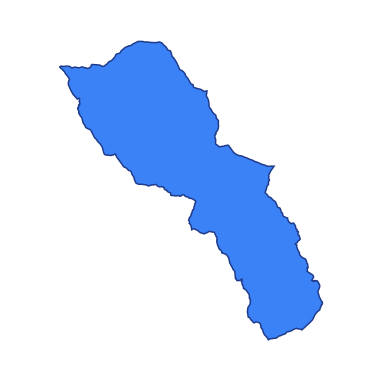 Slanic-Moldova, Bacau, Romania, rotated 83°
{"feature_id": "2599482B31492670959230", "entity_name": "Slanic-Moldova", "entity_type": "district", "adm_level": 2, "iso_a3": "ROU", "parent_name": "Romania", "parent_adm1": "Bacau", "projection": "mercator", "projection_center": [26.446, 46.203], "detail": "fine", "context": "isolated", "style": "filled", "palette": "blue", "viewbox_px": 384, "rotation_deg": 83, "n_neighbors": 0, "source": "geoboundaries", "source_scale": "gbopen_adm2", "svg_char_len": 5942}
<svg xmlns="http://www.w3.org/2000/svg" viewBox="0 0 384 384"><g transform="rotate(83 192 192)"><path d="M102.2,293.9L104.8,292.4L110.1,291.6L113.3,290.1L114.8,289.7L115.8,288.7L117.5,285.9L118.4,284.9L126.2,282.1L128.7,280.1L130.2,279.6L132.7,277.6L135.6,275.9L136.8,275.6L142.8,274.7L143.9,274.3L144.4,273.7L144.9,272.7L145.0,271.0L145.3,270.4L145.9,268.0L145.6,265.7L144.9,263.6L148.4,262.3L156.3,257.9L158.2,257.0L158.9,256.4L160.1,254.4L161.0,253.5L162.6,252.6L163.5,250.8L164.1,250.2L164.8,249.8L166.7,249.6L170.6,247.7L172.1,247.7L173.7,247.4L176.1,246.6L176.6,246.2L177.8,244.1L178.3,240.4L178.8,239.1L179.2,236.8L180.7,234.5L180.0,230.4L180.3,229.4L180.2,229.3L180.1,227.0L182.3,225.0L182.9,223.8L183.0,221.6L183.4,220.1L183.7,220.1L184.4,219.1L185.6,219.2L186.6,218.4L186.8,217.3L187.6,216.8L187.8,216.3L188.4,216.4L188.7,216.1L189.2,215.5L190.2,213.4L192.5,213.5L193.0,212.7L193.2,212.0L193.1,211.3L193.3,209.9L193.7,209.8L193.9,208.4L194.0,205.4L194.7,204.6L194.7,203.5L193.8,202.3L193.6,201.5L193.8,200.7L194.0,200.2L194.9,199.7L195.8,198.7L196.6,196.6L197.5,195.8L198.0,195.0L198.1,194.2L198.8,192.5L201.2,189.6L202.0,189.7L202.5,189.5L204.1,190.7L205.3,190.9L206.2,191.5L209.4,192.5L209.6,193.1L209.9,193.4L211.4,194.2L212.7,194.6L213.5,195.4L214.4,195.4L216.6,196.9L217.1,197.7L219.7,198.8L220.2,198.4L222.0,198.1L222.8,198.6L224.3,197.4L226.4,196.9L229.4,196.9L228.7,194.9L228.8,194.3L231.3,190.6L232.1,190.0L233.6,188.5L233.8,187.4L235.0,185.2L234.2,182.1L233.2,179.7L234.8,174.7L238.0,173.8L238.8,173.4L239.6,173.3L240.7,172.5L242.6,173.3L245.2,173.4L248.8,172.9L249.7,172.4L250.8,172.3L252.1,171.7L252.8,171.2L252.8,170.7L253.8,170.1L255.6,169.7L256.0,169.9L257.5,166.8L258.5,165.5L259.0,165.0L261.9,163.6L267.3,163.1L268.9,162.4L269.6,162.3L270.8,161.6L273.8,160.7L275.5,159.4L278.5,159.2L281.8,159.4L282.1,159.1L283.1,159.5L283.4,159.4L283.8,158.7L285.1,158.4L285.4,158.0L285.7,156.2L285.3,154.7L284.5,153.4L284.6,153.0L286.1,153.2L286.8,153.9L287.0,153.5L287.7,153.3L289.3,153.6L291.8,152.7L294.0,152.6L295.2,151.1L295.4,150.6L300.5,147.8L302.4,147.7L303.8,148.0L304.9,147.8L305.4,147.3L305.7,147.5L306.7,147.1L308.2,147.7L310.1,147.8L313.4,150.5L315.7,151.2L317.9,151.6L323.1,151.4L323.7,150.1L326.0,149.2L326.5,148.4L327.3,148.1L329.3,146.8L329.3,145.5L328.8,144.4L328.8,143.7L329.4,142.3L330.2,141.1L331.2,140.3L332.5,140.0L334.8,140.1L337.7,138.6L340.3,138.3L342.7,137.3L345.9,135.0L348.0,134.2L347.3,132.6L347.2,125.8L345.7,123.7L345.3,121.2L344.5,118.8L344.4,117.4L344.0,116.6L342.4,114.7L342.4,113.1L341.9,110.4L340.8,108.0L340.3,106.3L340.2,104.5L340.6,104.0L341.4,100.6L342.3,99.8L336.2,91.2L333.4,87.8L330.1,85.7L328.9,85.1L326.0,82.0L324.7,79.7L319.4,77.1L319.6,76.7L318.8,76.2L317.4,76.0L316.5,76.3L315.9,77.0L314.8,77.5L314.3,77.4L311.9,78.3L306.7,79.2L305.5,78.9L302.3,77.0L300.1,76.6L297.3,77.5L296.5,78.1L295.8,78.3L295.3,78.7L295.6,79.7L295.5,80.1L295.0,80.2L294.9,81.3L295.3,81.5L295.6,82.1L295.5,82.4L294.9,82.4L294.8,83.6L294.3,84.0L292.6,82.5L291.0,81.6L289.2,82.2L284.8,87.4L284.3,87.1L281.4,87.0L281.3,86.0L277.3,86.1L276.9,86.5L273.5,87.0L272.0,87.9L271.7,88.7L270.2,90.7L267.7,92.8L266.3,92.7L264.9,93.0L262.1,94.1L258.8,94.8L257.5,94.4L256.5,95.7L256.1,95.8L255.1,93.9L253.6,92.6L252.3,90.5L250.7,90.4L249.5,90.8L248.0,91.0L247.2,92.0L246.8,92.1L246.3,92.1L244.8,91.2L244.2,91.4L243.8,92.4L242.3,92.3L240.7,93.4L238.0,93.5L235.2,94.9L235.2,95.6L235.6,96.7L235.2,97.6L234.9,97.9L235.0,98.1L234.5,98.5L234.2,99.0L233.5,99.5L232.7,99.6L232.1,100.2L229.5,100.3L227.6,103.9L226.3,104.7L224.2,104.7L222.7,105.9L220.8,106.1L219.0,106.6L218.5,106.9L217.7,108.6L217.3,108.9L213.3,109.9L211.5,110.7L209.8,112.6L207.2,114.5L205.8,116.8L204.3,117.4L201.6,119.5L200.7,119.3L198.8,118.0L195.5,117.0L194.3,115.6L193.4,115.0L192.3,115.1L191.9,115.3L190.9,114.7L190.3,113.9L189.5,113.9L189.0,113.7L188.4,114.1L187.5,114.2L186.1,113.8L184.8,113.9L180.9,111.5L176.4,107.4L176.1,109.1L175.8,113.3L175.1,115.0L174.3,116.2L173.2,118.9L169.9,124.6L169.4,125.9L167.8,128.1L166.5,130.9L164.8,133.6L163.8,135.8L162.3,138.2L161.8,140.4L160.3,143.2L158.7,145.0L157.6,146.0L150.1,150.1L149.9,150.7L150.0,153.0L150.4,155.5L150.4,158.6L150.2,160.0L148.9,160.7L147.7,162.4L146.3,162.7L143.2,162.1L140.4,162.6L138.3,162.4L138.2,161.9L137.0,161.0L136.6,161.3L135.8,161.0L134.6,159.7L132.6,158.4L129.9,157.6L127.9,157.6L124.2,157.1L122.5,158.4L121.7,158.7L118.5,159.1L117.0,160.7L114.7,162.2L112.5,162.9L110.2,164.3L109.0,164.6L105.3,164.4L103.4,164.5L101.9,164.7L98.4,166.1L93.5,164.8L93.4,165.6L93.8,167.7L92.6,168.9L91.3,170.7L88.7,177.0L87.5,177.9L86.2,177.8L85.5,178.0L84.7,179.8L78.5,182.4L76.2,184.0L73.8,184.5L71.7,185.8L70.1,187.4L69.0,189.4L66.6,189.9L61.6,191.5L58.7,192.8L56.6,193.9L55.6,194.8L54.3,195.3L50.9,195.8L49.2,196.3L48.3,198.6L44.7,200.2L42.9,202.0L40.7,203.5L39.9,204.5L39.2,205.7L39.1,206.7L39.3,208.2L39.2,211.1L38.3,215.8L37.9,216.9L37.5,219.0L37.5,220.2L36.5,222.9L36.0,226.6L36.1,227.5L37.8,232.4L39.1,234.9L39.4,235.7L39.2,237.2L39.9,238.6L40.1,239.9L40.7,241.3L41.7,242.6L43.0,244.9L45.1,246.4L45.6,247.9L45.8,249.8L46.4,250.8L48.4,252.0L51.7,255.7L52.6,258.7L54.6,260.8L56.4,264.1L56.5,265.1L56.3,265.7L54.7,268.3L54.5,269.8L53.9,271.8L53.7,273.7L53.2,275.6L53.7,276.4L55.2,277.1L56.0,278.3L56.8,280.5L55.8,282.2L55.5,283.7L54.7,284.8L54.5,285.5L54.5,286.7L55.0,288.8L54.8,290.1L54.1,291.5L53.9,292.9L53.8,294.1L54.3,295.7L53.9,296.6L52.7,297.8L52.0,299.4L51.7,301.9L51.8,303.8L51.1,306.7L51.5,307.9L51.7,308.0L52.6,307.7L54.1,306.2L57.3,303.8L59.5,303.0L61.7,301.5L64.9,299.9L65.4,299.9L65.8,300.3L68.1,301.4L70.7,301.6L77.6,299.4L81.1,297.9L82.0,296.9L83.2,296.5L84.2,295.4L85.8,294.7L85.5,293.5L85.3,293.1L85.2,292.7L85.5,292.3L87.3,292.3L88.2,293.0L89.6,292.5L90.6,292.8L91.0,292.6L91.2,292.9L92.0,293.1L91.7,293.7L91.8,293.9L94.3,294.3L94.3,294.6L94.4,295.1L95.1,295.3L96.0,295.2L97.9,294.5L100.4,294.8L100.8,294.1L102.2,293.9Z" fill="#3b82f6" stroke="#1e3a8a" stroke-width="1.5"/></g></svg>